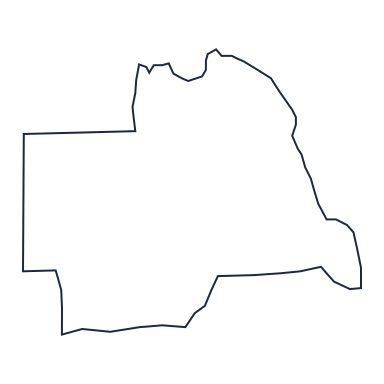 Darganata, Chardzhou, Turkmenistan
{"feature_id": "10190150B50164786179090", "entity_name": "Darganata", "entity_type": "district", "adm_level": 2, "iso_a3": "TKM", "parent_name": "Turkmenistan", "parent_adm1": "Chardzhou", "projection": "mercator", "projection_center": [61.431, 40.609], "detail": "fine", "context": "isolated", "style": "outline", "palette": "slate", "viewbox_px": 384, "rotation_deg": 0, "n_neighbors": 0, "source": "geoboundaries", "source_scale": "gbopen_adm2", "svg_char_len": 1103}
<svg xmlns="http://www.w3.org/2000/svg" viewBox="0 0 384 384"><path d="M139.1,64.4L136.2,80.1L135.3,93.1L133.2,103.5L132.5,107.0L133.1,112.7L133.6,117.0L135.3,131.2L135.1,131.2L133.4,131.2L23.8,134.0L23.0,271.3L55.7,270.4L61.2,289.8L62.0,308.5L61.9,334.6L71.9,331.8L82.3,329.0L107.3,331.5L109.3,331.7L110.2,331.8L115.3,331.0L139.9,327.1L145.6,326.7L162.2,325.3L181.3,326.8L185.0,327.1L185.4,327.1L194.7,313.2L204.9,305.8L210.6,292.0L211.4,290.0L217.9,276.1L218.0,276.1L254.2,275.1L280.2,273.3L299.7,271.4L300.7,271.2L321.0,266.8L326.6,273.3L332.3,279.7L334.0,281.6L335.2,282.2L347.4,287.9L349.8,289.1L361.0,288.1L361.0,287.6L361.0,267.7L357.2,249.1L353.5,232.4L347.0,225.0L335.9,219.4L326.6,219.4L318.2,203.6L314.5,191.5L310.8,178.5L305.2,167.4L301.5,154.4L297.8,148.8L292.2,135.8L295.9,124.7L295.9,117.2L292.2,109.8L279.2,91.2L270.9,78.2L256.0,68.9L243.9,61.5L237.4,58.7L231.9,55.9L221.6,55.9L216.1,49.4L207.7,54.1L205.9,60.6L205.9,69.9L202.1,76.4L188.2,81.0L181.7,78.2L173.4,73.6L168.7,63.4L162.2,65.2L153.8,65.2L149.2,72.7L146.4,67.1L139.1,64.4Z" fill="none" stroke="#1e293b" stroke-width="2"/></svg>